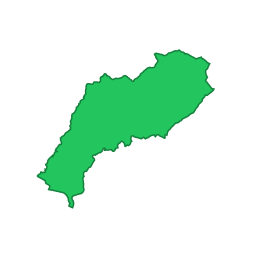 the district of Hueyapan, Puebla, Mexico, rotated 207°
{"feature_id": "50627088B56291356806731", "entity_name": "Hueyapan", "entity_type": "district", "adm_level": 2, "iso_a3": "MEX", "parent_name": "Mexico", "parent_adm1": "Puebla", "projection": "robinson", "projection_center": [-97.395, 19.929], "detail": "fine", "context": "isolated", "style": "filled", "palette": "green", "viewbox_px": 256, "rotation_deg": 207, "n_neighbors": 0, "source": "geoboundaries", "source_scale": "gbopen_adm2", "svg_char_len": 5863}
<svg xmlns="http://www.w3.org/2000/svg" viewBox="0 0 256 256"><g transform="rotate(207 128 128)"><path d="M141.2,31.8L141.6,34.6L142.2,36.1L142.7,36.9L143.7,38.1L145.0,38.7L146.2,40.0L146.4,41.2L146.4,41.9L145.3,43.5L143.5,45.1L142.8,46.1L141.9,46.6L141.0,47.6L140.1,48.1L139.5,49.1L139.0,50.5L139.0,51.7L139.1,52.8L141.0,55.3L142.3,58.2L145.2,62.3L145.6,63.5L145.2,64.9L145.5,65.0L147.1,67.2L147.2,68.3L146.7,69.6L146.0,70.4L145.4,70.5L145.2,71.2L145.3,72.1L145.1,72.7L145.1,74.3L144.9,75.0L143.8,76.1L143.6,77.0L143.6,80.5L143.4,82.9L143.2,83.7L143.2,84.1L143.8,85.0L144.3,85.4L146.2,85.9L146.8,86.5L146.8,87.5L146.0,88.5L145.1,88.9L144.9,89.3L144.6,89.2L144.4,90.1L143.9,90.4L143.8,90.7L143.5,91.1L142.8,92.5L142.4,93.1L141.4,93.5L140.8,94.9L140.7,95.3L140.4,96.6L140.7,98.1L140.3,99.0L139.7,99.4L139.0,99.3L138.9,99.0L138.9,98.1L138.6,97.6L136.2,99.2L135.2,99.5L134.5,100.3L133.2,101.1L131.1,100.4L130.2,100.8L130.3,101.1L129.6,101.7L129.7,102.2L129.6,103.4L129.8,103.6L129.6,104.6L128.0,105.7L128.3,106.3L129.0,107.1L129.5,108.1L129.5,108.7L129.2,109.6L129.2,110.0L128.4,111.0L128.3,112.5L127.8,113.1L127.0,113.3L125.3,113.2L124.2,112.5L122.3,110.3L122.1,110.3L121.8,110.7L121.3,111.8L120.8,112.6L119.9,112.4L119.6,112.6L118.8,114.0L118.8,115.2L119.1,117.2L119.1,117.5L118.7,117.9L120.0,118.9L120.8,120.2L121.2,121.8L121.0,122.5L120.7,122.6L120.1,123.2L119.7,123.3L119.3,123.3L118.9,123.0L118.1,123.0L116.0,123.5L115.5,123.6L115.2,123.9L113.6,124.0L111.8,124.3L111.1,124.6L110.7,125.2L110.3,126.5L110.1,126.7L109.6,126.7L108.0,126.3L107.5,126.3L106.9,127.5L105.8,128.4L105.3,129.2L104.9,130.4L104.3,131.0L104.3,131.4L102.6,132.9L102.5,133.1L101.6,133.7L101.1,133.8L100.5,133.0L99.7,132.7L99.3,134.4L98.2,135.9L97.3,135.9L96.7,135.5L95.5,135.3L93.3,135.6L91.1,135.4L90.6,135.7L90.6,136.4L91.4,137.4L91.7,138.1L91.6,138.8L91.1,139.2L90.1,139.2L90.8,141.9L90.9,144.1L89.9,146.2L89.8,147.5L89.3,149.3L88.5,151.2L88.3,152.8L87.5,154.1L86.2,155.1L85.3,156.3L85.0,157.6L84.5,158.2L84.0,158.7L83.4,161.1L80.4,165.0L80.0,165.9L79.6,166.3L79.3,166.9L79.4,167.4L78.6,169.0L78.2,169.3L78.1,169.9L77.7,170.3L77.0,170.7L76.7,171.4L76.4,172.8L76.3,176.2L75.5,179.0L75.8,180.8L74.3,185.0L74.3,186.3L74.5,187.1L74.9,187.6L74.5,188.4L74.5,188.8L73.9,190.4L74.0,192.4L72.3,193.1L71.0,196.0L70.0,197.9L69.6,199.3L69.2,199.9L69.0,201.1L69.2,201.8L71.0,201.1L77.3,204.0L80.6,205.6L80.3,209.3L81.6,210.1L83.1,211.5L83.7,212.4L84.3,213.1L84.9,214.7L84.5,216.1L84.0,217.0L84.4,218.5L84.3,220.0L84.5,221.1L84.3,222.3L85.4,222.4L87.4,222.2L88.0,222.8L91.1,223.5L92.0,223.7L93.7,223.6L94.9,224.4L99.0,220.3L100.6,220.7L103.4,220.6L108.0,220.9L109.3,220.8L109.7,220.5L110.5,220.4L110.9,219.9L111.2,219.8L111.8,220.4L113.0,220.7L114.1,220.2L115.4,220.0L116.2,220.2L117.2,220.7L118.1,220.5L118.6,219.5L119.2,218.9L121.2,218.1L123.9,214.7L125.2,213.8L126.0,212.9L126.5,211.2L127.1,210.1L127.4,209.7L128.9,208.9L131.1,208.9L132.4,208.4L136.8,207.4L137.6,206.5L137.9,205.9L137.6,205.5L136.2,204.8L135.2,203.5L134.7,203.4L134.0,202.7L133.3,202.6L133.0,202.2L131.8,201.7L131.7,201.5L131.6,201.0L132.0,197.6L132.1,197.2L132.3,197.1L132.2,196.7L131.9,194.6L132.2,193.9L132.7,193.5L134.7,192.2L135.3,192.0L136.0,192.0L136.6,191.5L137.0,190.9L137.6,190.5L138.1,189.7L139.2,186.9L139.6,186.3L140.1,184.3L141.4,181.9L141.5,181.5L141.0,180.8L141.4,179.2L142.1,178.5L142.1,178.2L141.9,177.5L142.0,177.2L142.4,176.4L142.9,176.3L143.2,175.6L143.9,174.9L144.4,173.5L144.3,172.2L145.1,171.7L145.8,171.7L146.3,171.9L146.7,172.3L148.2,172.2L149.6,172.8L150.4,172.7L151.9,173.3L152.9,173.2L153.7,173.6L154.4,173.3L155.4,172.4L155.8,171.8L156.1,170.8L157.0,169.5L158.9,167.8L160.2,167.1L161.1,167.0L162.5,165.5L163.1,164.6L164.0,164.2L166.1,164.4L167.4,165.1L168.6,165.3L170.1,165.1L170.5,164.9L171.4,165.5L171.4,165.8L172.0,166.0L173.3,165.9L173.7,165.1L173.6,164.0L174.0,163.3L173.8,163.1L173.8,162.5L174.3,162.0L174.9,161.7L175.2,161.2L175.4,160.6L175.1,159.4L174.5,158.7L173.7,157.2L174.1,156.6L174.1,155.8L175.3,155.0L176.5,154.9L178.9,153.7L179.2,153.1L179.1,152.1L179.5,151.0L180.8,150.3L183.4,149.5L184.3,148.8L184.5,148.2L184.5,147.3L184.2,145.9L183.5,144.9L182.9,142.5L182.0,140.5L181.2,139.4L181.1,139.0L181.7,137.4L181.6,136.6L181.3,136.4L181.4,135.9L181.6,135.6L181.5,135.0L180.9,134.7L180.7,134.0L180.9,133.4L182.0,132.0L182.2,131.4L182.6,130.9L182.7,130.6L182.6,129.8L182.1,129.1L182.1,128.8L182.1,128.5L182.6,127.9L182.8,127.1L182.2,126.7L182.5,125.4L182.4,124.7L182.8,124.3L183.3,122.9L183.3,122.4L182.5,121.7L182.6,121.4L182.5,121.0L182.8,119.9L182.6,118.8L182.7,117.5L183.2,116.6L183.3,116.1L184.0,115.1L183.9,114.0L182.4,110.9L182.4,108.6L182.1,107.4L180.8,106.5L180.7,105.0L180.5,104.3L180.7,103.5L180.6,103.1L179.6,102.7L179.2,102.1L179.0,100.9L178.6,100.8L178.8,99.7L179.2,99.4L179.7,98.4L179.9,97.3L180.9,96.1L181.3,95.4L181.6,92.3L182.9,90.4L183.2,89.3L183.2,88.7L183.6,88.5L183.2,87.7L182.5,86.5L182.2,86.5L181.6,85.9L181.0,85.3L181.0,85.0L180.6,84.8L180.4,84.3L180.1,83.9L180.2,82.8L180.7,82.5L181.4,82.4L181.6,82.0L181.9,80.1L182.0,78.7L182.5,77.3L182.7,76.3L182.1,75.8L182.4,75.0L180.8,74.7L181.8,74.0L182.3,72.7L182.0,71.6L182.0,69.7L182.7,69.6L183.0,69.1L182.9,69.0L182.1,68.8L182.3,68.4L182.2,68.1L183.0,67.9L183.8,66.7L184.0,66.1L184.0,65.2L184.5,64.3L184.6,63.6L184.6,62.6L183.9,59.9L184.6,58.6L184.7,58.0L184.2,57.5L183.1,57.4L182.5,56.5L182.0,54.5L182.4,53.9L183.2,53.7L182.6,52.9L182.7,52.5L182.1,52.4L182.0,52.2L181.8,51.7L181.9,51.2L182.0,50.7L183.6,49.9L183.6,49.6L184.0,49.3L185.5,49.4L185.6,48.8L185.4,47.6L186.5,45.8L187.0,44.6L186.9,44.1L186.6,43.8L178.0,43.5L175.9,41.3L172.9,41.3L171.7,41.0L171.3,40.7L170.9,39.4L170.8,37.1L168.0,37.9L167.3,38.4L166.5,38.4L156.8,40.9L155.5,41.0L153.2,40.6L152.7,40.2L151.8,40.0L150.5,38.9L149.6,38.7L148.2,36.4L147.3,35.4L145.5,34.6L145.5,32.6L145.1,31.6L141.2,31.8Z" fill="#22c55e" stroke="#15803d" stroke-width="1.5"/></g></svg>